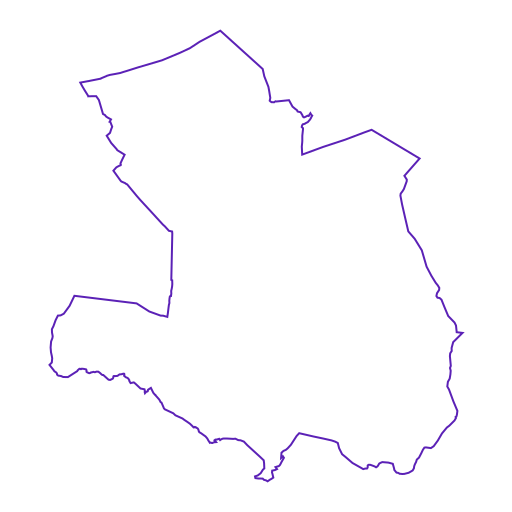 Huiramba, Michoacán, Mexico
{"feature_id": "50627088B30208829645269", "entity_name": "Huiramba", "entity_type": "district", "adm_level": 2, "iso_a3": "MEX", "parent_name": "Mexico", "parent_adm1": "Michoacán", "projection": "natural_earth1", "projection_center": [-101.469, 19.525], "detail": "fine", "context": "isolated", "style": "outline", "palette": "violet", "viewbox_px": 512, "rotation_deg": 0, "n_neighbors": 0, "source": "geoboundaries", "source_scale": "gbopen_adm2", "svg_char_len": 5971}
<svg xmlns="http://www.w3.org/2000/svg" viewBox="0 0 512 512"><path d="M442.0,301.0L441.5,299.7L439.6,298.0L437.5,297.7L436.4,296.0L437.0,293.2L439.1,290.0L439.3,287.9L437.8,285.4L435.7,282.8L431.4,275.8L426.6,266.7L421.8,250.3L414.7,238.8L408.3,231.4L405.0,217.2L402.1,204.5L400.4,195.6L400.7,193.6L402.4,191.4L403.9,189.0L406.7,181.3L406.8,179.6L404.4,175.8L419.6,158.5L371.6,129.8L364.1,132.5L345.1,139.7L323.2,146.9L302.2,154.6L301.8,146.6L302.2,142.5L302.3,141.0L302.3,135.8L303.0,129.2L303.0,128.2L302.4,127.7L301.7,127.0L302.1,125.4L302.8,124.3L304.8,123.8L305.4,123.3L307.8,122.1L309.1,120.6L309.9,119.7L310.8,118.3L311.5,116.8L312.2,115.6L311.2,114.7L310.4,113.2L309.4,114.7L308.7,116.0L307.6,115.7L305.5,116.8L304.0,117.4L303.3,117.0L302.7,116.2L302.5,115.4L302.0,114.6L301.2,113.2L300.5,112.2L299.1,111.9L297.6,111.5L296.9,110.1L295.5,109.1L292.5,106.6L289.0,100.2L276.4,101.5L275.5,101.3L274.0,102.3L273.0,102.2L272.3,102.2L271.6,102.2L270.5,101.5L269.7,100.7L270.3,97.9L269.2,91.1L268.4,86.8L264.3,76.3L262.7,69.0L220.3,30.7L199.6,41.8L190.0,48.1L180.2,52.7L162.0,60.3L138.0,67.4L126.6,71.0L123.6,71.9L120.2,73.0L115.0,74.0L109.9,74.9L106.9,75.8L106.4,76.1L105.2,76.6L100.9,78.4L100.7,78.7L99.5,78.9L89.9,80.8L88.6,81.1L88.3,81.1L80.3,82.6L82.3,86.3L84.6,90.2L88.3,96.1L88.3,96.3L92.7,96.2L96.2,96.2L98.8,99.9L99.3,101.4L103.0,114.0L104.9,115.0L106.2,116.6L107.7,117.6L111.0,119.4L109.6,121.8L110.4,122.1L112.2,126.7L111.2,129.2L110.0,132.9L106.7,135.7L111.2,143.0L116.6,149.1L117.3,150.2L124.6,154.7L122.2,159.6L120.5,163.3L120.5,163.6L120.5,163.8L120.7,164.2L120.8,164.4L120.8,164.8L120.7,165.2L120.4,165.3L119.0,165.9L117.1,166.9L116.2,167.5L114.1,169.9L113.4,170.7L120.3,180.3L121.1,181.3L121.6,181.6L123.9,182.6L124.9,183.0L126.1,183.9L127.2,184.4L136.8,196.0L140.3,200.0L152.1,212.8L162.8,224.5L164.9,226.4L168.9,230.8L172.1,231.5L172.3,233.5L171.3,279.9L172.2,280.3L172.3,284.1L172.1,286.5L171.7,288.8L171.2,290.9L171.3,293.7L171.0,295.9L170.5,295.8L169.8,296.7L169.5,298.6L169.3,300.8L169.4,303.0L168.9,304.9L168.6,307.1L168.1,311.2L167.9,313.0L167.3,316.9L163.2,315.7L160.6,315.6L149.3,311.5L136.6,303.4L74.4,295.8L69.6,305.8L63.8,313.7L60.6,315.4L57.9,315.6L55.6,320.2L53.4,326.3L51.9,329.2L52.0,332.5L52.7,336.2L52.4,338.1L51.1,341.5L50.6,347.5L51.0,352.3L51.8,355.9L52.2,358.4L51.8,362.5L49.5,364.9L53.7,370.2L54.0,370.8L54.9,371.6L55.4,372.0L56.0,372.3L56.4,372.7L56.9,373.5L57.0,373.9L57.0,374.3L57.1,374.6L57.7,375.3L58.7,375.7L59.9,375.8L60.9,376.1L61.5,376.1L61.8,376.4L62.4,376.7L63.3,377.0L67.9,377.1L76.8,371.4L77.2,371.2L77.7,370.3L78.6,369.5L79.4,368.8L79.8,368.8L80.1,368.8L80.4,368.9L80.6,369.1L80.9,369.1L81.2,369.1L81.5,368.8L81.8,368.7L83.8,368.9L85.7,369.3L86.1,369.4L86.3,369.8L86.5,370.2L86.5,371.8L87.1,372.3L89.2,373.2L89.7,373.1L90.3,372.9L90.6,372.8L90.9,372.6L91.0,372.4L92.3,372.2L93.3,371.9L93.6,371.9L94.7,372.2L95.0,372.2L95.5,372.0L96.3,371.7L96.9,371.6L97.7,371.7L98.3,371.7L99.3,372.4L100.5,373.4L101.2,374.1L101.9,374.7L102.5,375.0L103.3,375.0L108.3,379.5L108.9,379.8L109.7,379.9L110.5,379.9L111.0,379.5L111.9,379.1L112.7,378.7L113.1,378.1L113.3,377.4L113.4,376.4L113.6,376.1L114.2,376.0L115.3,376.1L117.3,375.9L117.6,375.8L117.9,375.6L118.6,375.0L119.6,374.4L119.9,374.3L121.1,374.3L122.3,374.0L123.2,373.7L123.5,373.7L124.2,373.8L124.4,375.1L124.3,375.4L124.1,375.8L124.9,376.5L125.9,377.3L127.0,377.7L128.1,378.4L128.7,379.2L129.0,379.9L129.3,380.2L129.4,381.1L129.6,381.5L130.6,383.1L131.4,382.9L133.8,382.4L135.2,383.5L140.5,388.5L144.5,389.3L144.6,389.8L144.8,390.6L144.8,391.2L144.7,392.1L145.0,393.2L145.8,392.3L146.3,391.7L147.4,391.5L147.7,391.3L148.0,390.1L148.1,389.7L150.9,387.9L153.3,392.8L154.8,394.6L155.3,394.8L155.3,395.1L159.3,399.6L160.6,402.1L161.5,402.6L163.4,407.0L163.9,408.3L164.8,409.3L173.3,413.3L175.4,415.3L182.5,418.5L184.2,419.8L187.2,421.8L189.9,423.7L192.0,425.7L193.6,427.4L193.9,427.5L194.4,427.0L194.7,426.9L195.8,427.2L196.0,427.6L197.1,428.1L197.7,428.5L198.1,429.1L198.5,430.0L198.8,431.3L199.2,431.8L199.3,432.2L201.2,433.3L203.8,435.2L205.5,436.4L207.3,438.5L208.3,440.4L209.9,442.8L210.4,442.5L211.9,443.0L212.4,443.0L213.2,442.6L213.9,442.3L216.1,442.1L215.1,440.8L214.8,440.7L214.5,440.3L215.4,439.6L216.9,439.5L219.2,438.8L220.1,440.1L221.2,439.3L222.6,438.7L223.8,438.5L226.4,438.5L233.3,438.9L235.4,438.7L238.2,440.1L240.5,440.3L243.9,441.6L247.3,445.2L259.8,456.6L263.7,460.3L264.1,463.3L264.3,468.4L262.9,469.7L260.7,473.2L257.7,475.5L255.0,476.4L255.4,478.1L258.3,478.5L262.7,478.6L263.9,479.8L266.1,480.4L267.6,481.3L269.9,479.7L271.4,478.9L273.3,477.6L272.4,473.7L272.0,472.5L272.2,470.6L274.8,470.1L277.0,469.1L275.5,467.1L277.6,466.4L278.6,466.2L278.9,466.0L279.7,465.3L280.3,464.4L281.4,462.2L283.9,457.8L282.9,456.3L281.1,458.0L281.5,452.7L283.5,450.9L285.8,449.9L287.6,448.4L290.9,444.8L292.9,441.7L296.6,436.0L299.2,433.2L313.5,436.5L323.5,438.6L331.5,440.4L335.1,441.6L337.8,443.0L339.1,448.2L342.1,454.2L345.8,457.2L352.5,463.0L361.0,467.8L363.2,469.1L363.6,469.0L365.5,468.5L367.0,468.5L367.4,468.0L367.7,467.3L367.7,465.5L368.1,465.1L368.6,464.8L370.2,464.8L371.7,465.3L374.6,466.4L375.6,467.0L375.8,467.2L376.1,467.3L376.9,466.8L377.7,466.1L378.1,465.5L378.9,464.1L379.2,463.6L380.4,462.9L382.3,462.1L388.4,462.6L392.8,463.8L394.1,468.5L394.3,469.9L396.4,472.5L396.8,472.7L397.9,472.8L398.6,473.1L399.7,473.8L400.6,473.8L402.2,474.0L404.3,473.9L408.6,472.8L411.6,471.1L412.7,470.4L413.9,468.3L414.2,466.2L414.8,464.5L416.1,461.9L416.8,459.6L419.0,457.6L421.2,453.4L422.9,449.8L424.4,447.6L425.9,447.4L430.9,448.1L433.7,446.2L437.8,440.6L442.0,433.4L446.9,427.5L449.3,425.7L454.5,420.5L455.9,418.1L455.6,417.0L456.4,416.5L456.9,414.7L457.4,410.9L453.4,401.4L449.0,389.5L447.3,386.5L447.9,381.8L449.7,378.6L450.4,374.4L450.7,370.7L450.0,368.0L450.8,365.9L449.9,356.1L450.2,353.3L451.7,351.0L451.6,348.0L453.2,342.1L462.5,332.9L456.7,332.2L456.0,325.5L454.5,322.5L448.2,316.0L444.5,307.2L442.0,301.0Z" fill="none" stroke="#5b21b6" stroke-width="2"/></svg>